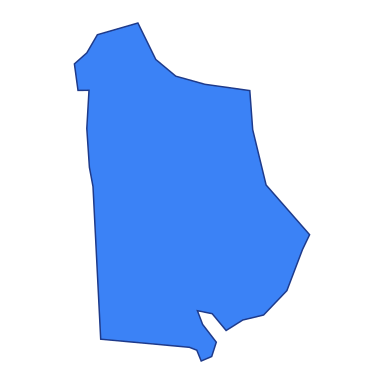 Metcalfe, Kentucky, United States of America (Equal Earth projection)
{"feature_id": "52423323B28840304058725", "entity_name": "Metcalfe", "entity_type": "district", "adm_level": 2, "iso_a3": "USA", "parent_name": "United States of America", "parent_adm1": "Kentucky", "projection": "equal_earth", "projection_center": [-85.626, 37.0], "detail": "fine", "context": "isolated", "style": "filled", "palette": "blue", "viewbox_px": 384, "rotation_deg": 0, "n_neighbors": 0, "source": "geoboundaries", "source_scale": "gbopen_adm2", "svg_char_len": 484}
<svg xmlns="http://www.w3.org/2000/svg" viewBox="0 0 384 384"><path d="M97.4,34.7L86.8,52.9L74.4,63.9L78.0,90.4L89.0,90.3L86.8,128.5L89.4,167.3L93.0,186.6L100.7,339.2L189.4,347.3L196.8,350.2L201.2,361.0L211.7,356.5L216.3,342.2L202.6,324.4L197.4,310.7L212.2,313.7L226.1,330.5L242.8,320.0L263.6,315.0L286.9,290.6L302.5,249.5L309.6,234.7L266.1,185.0L252.7,129.7L249.8,90.6L204.9,84.3L175.8,76.2L155.8,59.5L137.9,23.0L97.4,34.7Z" fill="#3b82f6" stroke="#1e3a8a" stroke-width="1.5"/></svg>